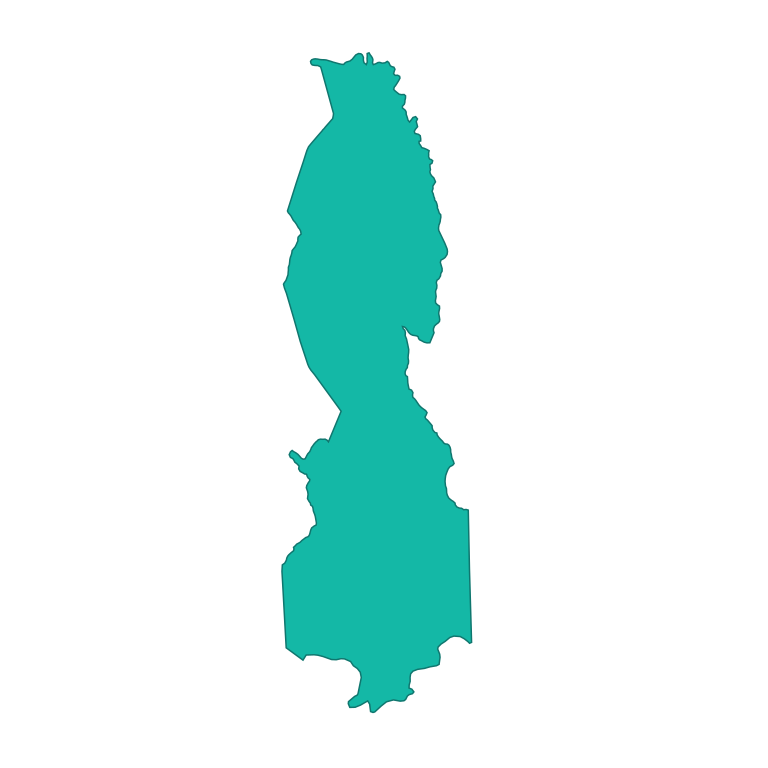 outline of Rodrigues Alves, Acre, Brazil, rotated 276°
{"feature_id": "56859067B4793362369787", "entity_name": "Rodrigues Alves", "entity_type": "district", "adm_level": 2, "iso_a3": "BRA", "parent_name": "Brazil", "parent_adm1": "Acre", "projection": "orthographic", "projection_center": [-73.114, -7.862], "detail": "fine", "context": "isolated", "style": "filled", "palette": "teal", "viewbox_px": 768, "rotation_deg": 276, "n_neighbors": 0, "source": "geoboundaries", "source_scale": "gbopen_adm2", "svg_char_len": 6139}
<svg xmlns="http://www.w3.org/2000/svg" viewBox="0 0 768 768"><g transform="rotate(276 384 384)"><path d="M576.0,276.0L546.0,269.9L544.3,270.9L543.0,272.4L541.4,273.9L539.5,275.2L537.3,276.7L535.5,278.7L533.5,280.4L530.5,282.5L529.3,283.8L527.3,285.1L524.4,285.9L523.0,284.6L521.0,283.2L518.8,283.2L517.2,283.4L515.6,282.8L513.8,282.3L511.1,281.3L509.3,280.1L507.1,278.7L504.5,278.6L502.2,278.2L500.4,277.7L498.2,277.4L492.8,277.4L490.2,276.7L487.2,277.0L485.5,277.0L482.6,277.1L479.7,276.4L476.8,275.7L474.6,274.4L472.8,273.6L469.2,274.9L464.0,277.5L438.9,287.8L417.5,296.3L395.7,306.1L393.0,307.6L390.2,309.8L385.9,314.1L356.5,340.6L352.4,344.2L320.7,334.8L322.1,333.4L323.0,331.2L322.6,329.0L322.5,326.5L321.7,324.5L320.3,323.4L319.2,322.3L317.0,320.7L314.8,319.5L313.2,318.5L311.1,318.0L308.9,317.2L306.6,315.5L304.8,314.7L302.9,314.0L301.3,313.3L300.8,311.5L301.5,309.6L303.2,307.8L305.0,305.8L306.4,303.4L307.2,301.4L308.3,299.6L306.8,298.1L303.8,297.1L301.2,298.6L300.3,301.1L298.7,302.4L296.9,303.5L295.5,305.8L293.5,308.1L290.7,308.0L288.3,309.7L287.2,312.4L286.2,314.5L286.2,316.4L283.9,317.4L282.5,318.5L281.4,320.2L279.7,320.1L278.1,319.1L274.9,317.8L272.7,317.6L270.6,318.6L268.9,319.4L266.4,320.0L262.0,319.9L259.3,321.8L258.0,323.1L255.9,323.8L254.9,325.6L253.0,326.4L250.4,327.0L248.4,328.0L246.8,328.8L245.1,329.5L240.9,330.7L238.7,331.3L236.7,331.3L235.4,329.3L233.3,327.1L231.1,326.4L227.6,325.9L225.5,325.4L224.1,324.3L223.1,322.2L221.2,320.2L219.8,318.7L217.8,317.1L216.6,315.4L215.6,313.9L213.9,312.7L212.1,311.1L210.6,311.7L208.7,311.5L206.6,309.3L204.1,307.1L202.7,306.2L200.7,305.5L198.6,305.3L195.4,304.0L193.5,301.8L187.0,302.1L174.2,304.2L111.4,314.3L100.9,332.3L106.3,334.9L107.4,342.7L107.4,346.5L106.6,351.9L104.5,360.6L104.8,365.3L106.3,369.9L106.5,373.4L104.5,379.8L100.6,383.0L98.3,387.2L94.9,390.5L89.7,392.1L73.2,390.5L71.7,389.8L70.2,387.4L64.4,381.9L62.3,381.9L58.8,383.8L59.5,389.1L62.2,394.2L67.1,400.9L64.1,403.2L56.8,404.9L56.2,407.4L56.9,409.1L63.6,415.0L68.2,419.7L70.8,426.4L70.3,433.3L71.1,437.0L72.5,438.5L76.2,439.9L77.7,441.5L79.0,444.7L80.9,445.9L83.4,443.6L84.2,440.7L87.3,440.5L91.0,441.1L95.1,440.6L98.6,440.8L101.5,442.9L103.7,447.2L105.4,454.0L107.5,459.2L109.3,465.6L110.9,468.1L118.1,468.3L121.2,467.6L126.0,465.1L128.1,465.3L131.4,468.0L134.4,471.7L138.8,476.0L140.6,479.9L140.8,486.2L139.0,490.5L136.7,494.2L135.1,496.2L136.2,498.1L208.4,488.4L267.4,481.0L267.8,478.8L267.3,476.4L268.5,474.2L268.5,471.8L269.3,469.4L271.3,467.5L273.0,467.1L274.5,465.1L275.2,463.6L276.3,461.8L277.5,460.2L280.0,458.6L282.3,457.7L284.4,457.4L286.6,457.0L289.1,455.8L293.4,454.9L296.0,454.8L299.4,454.9L301.1,455.3L302.8,455.7L306.2,456.7L308.6,458.1L310.4,460.8L312.2,462.0L314.4,461.1L317.2,459.4L319.0,458.8L321.0,458.3L323.1,457.5L325.9,457.1L328.0,456.3L329.9,455.0L330.8,453.5L330.8,451.1L331.7,449.4L333.1,448.3L335.3,445.5L337.0,443.7L338.9,442.2L340.8,441.7L341.1,439.7L343.2,437.5L345.5,436.5L347.6,436.2L349.4,434.4L352.7,430.9L353.7,429.3L355.4,428.2L357.5,429.1L360.0,429.8L361.8,428.3L364.0,424.5L365.3,422.6L366.9,420.8L371.1,417.3L372.6,415.8L373.7,414.1L376.1,413.5L378.4,413.7L380.8,412.0L381.6,409.4L385.7,408.1L387.9,407.5L389.9,407.2L393.8,406.5L394.6,404.8L396.5,403.9L398.5,403.8L400.9,404.4L402.7,405.5L405.0,405.4L407.1,406.1L409.6,406.0L412.5,405.2L415.5,405.1L417.6,405.2L420.8,405.0L425.9,403.4L428.6,402.5L431.1,401.7L434.3,400.0L437.3,399.9L439.6,399.1L441.0,397.3L443.1,396.4L442.9,398.3L441.9,399.8L440.1,401.4L438.1,403.0L436.9,404.3L436.0,405.8L435.5,407.6L435.4,409.5L435.3,411.3L434.7,412.9L432.8,413.7L431.7,414.7L431.0,416.7L429.8,419.6L429.4,422.4L429.8,425.3L440.2,428.4L442.1,427.6L444.1,427.4L447.0,428.2L448.9,429.8L450.4,431.5L452.0,432.6L453.9,432.7L456.6,432.0L459.5,431.1L461.2,431.0L464.9,431.4L467.3,431.0L468.4,428.8L470.0,426.9L472.3,426.4L474.6,426.6L476.5,426.7L478.5,426.2L481.1,425.6L483.1,425.8L484.7,426.4L487.6,426.3L490.3,425.4L492.7,425.8L494.4,427.6L497.4,428.9L499.7,428.9L502.3,430.0L505.0,429.7L510.8,427.3L513.2,427.7L514.9,430.2L516.3,431.6L519.4,433.2L522.3,433.3L524.8,432.7L530.3,429.8L542.4,422.4L544.7,421.9L547.8,422.0L549.9,422.6L551.7,422.9L553.6,422.9L555.8,423.1L558.3,422.7L559.7,421.1L561.5,420.3L563.1,419.6L564.5,418.7L566.2,418.6L568.5,417.8L570.6,416.8L572.2,415.2L573.9,414.9L575.7,413.9L578.2,413.1L580.6,411.7L583.4,412.3L585.9,411.9L590.4,414.1L591.9,413.3L594.3,411.9L595.6,410.1L597.5,408.4L599.8,407.4L602.0,407.8L604.1,407.2L607.1,406.7L608.5,408.6L611.1,409.1L612.1,407.7L612.5,405.8L614.7,404.6L616.7,404.5L618.4,404.2L620.7,404.5L621.7,402.2L622.6,399.3L623.0,396.9L625.1,395.4L626.9,393.8L629.0,393.5L629.5,395.1L631.6,394.9L634.7,394.1L635.9,392.2L636.4,388.6L638.5,387.7L640.7,388.7L643.4,390.5L645.9,389.6L648.4,388.6L651.1,389.6L653.2,387.5L652.1,385.0L649.7,383.6L647.2,382.0L648.9,380.3L651.5,379.3L654.5,377.9L656.8,377.6L658.4,376.6L659.4,375.2L660.4,373.5L662.2,373.3L664.5,375.0L666.4,375.3L668.4,375.2L670.6,375.5L672.9,375.3L674.0,373.7L673.6,371.0L673.8,368.8L675.1,366.7L676.5,364.6L678.0,362.8L680.4,363.2L681.8,364.2L685.8,366.2L687.5,367.0L689.9,367.9L691.6,367.4L692.5,365.3L692.1,362.8L693.6,361.1L696.1,361.5L698.2,362.0L700.1,360.7L700.4,358.8L701.1,357.1L702.6,356.1L704.3,355.1L705.2,353.5L703.5,351.4L702.9,348.6L703.4,346.2L703.1,344.5L701.6,342.3L700.5,340.0L702.2,339.0L705.2,339.1L706.8,338.5L708.6,337.2L709.8,336.0L711.8,334.5L710.9,332.7L708.0,333.1L706.1,333.1L702.4,333.7L699.8,333.0L701.4,330.5L704.0,329.6L706.7,329.4L709.0,328.0L710.0,326.5L710.0,324.1L708.3,321.5L705.6,319.7L703.7,318.5L701.6,316.3L700.3,313.0L699.1,311.5L697.6,310.5L697.5,308.5L697.7,306.5L698.8,299.7L699.3,297.6L700.2,292.7L700.2,290.9L700.0,288.0L700.0,286.3L700.2,284.1L700.2,281.6L699.8,280.0L698.9,278.2L697.2,277.2L695.1,277.9L693.8,279.3L693.6,282.1L693.8,284.9L692.8,287.8L690.3,288.9L647.8,305.5L645.6,305.5L642.5,305.2L641.0,304.1L638.1,302.1L636.3,300.8L633.6,298.9L631.7,297.7L630.4,296.6L629.0,295.8L627.6,294.8L625.6,293.4L622.9,291.5L620.4,289.8L614.9,286.0L612.1,284.2L608.5,283.0L606.3,282.5L596.5,280.5L576.0,276.0Z" fill="#14b8a6" stroke="#0f766e" stroke-width="1.5"/></g></svg>